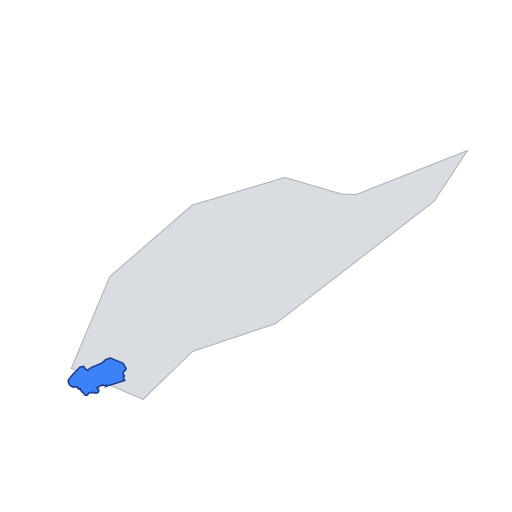 Ordome, Palau (highlighted), rotated 43°
{"feature_id": "81905179B69517244030983", "entity_name": "Ordome", "entity_type": "district", "adm_level": 2, "iso_a3": "PLW", "parent_name": "Palau", "parent_adm1": "", "projection": "albers", "projection_center": [134.556, 7.371], "detail": "fine", "context": "in_parent", "style": "filled", "palette": "blue", "viewbox_px": 512, "rotation_deg": 43, "n_neighbors": 0, "source": "geoboundaries", "source_scale": "gbopen_adm2", "svg_char_len": 3842}
<svg xmlns="http://www.w3.org/2000/svg" viewBox="0 0 512 512"><g transform="rotate(43 256 256)"><path d="M271.2,438.0L197.6,464.2L163.1,370.7L174.6,262.3L223.4,179.0L276.4,152.3L287.3,142.8L338.7,34.6L348.9,94.3L316.4,292.2L274.6,369.3L271.2,438.0Z" fill="#d9dde1" stroke="#a8b0b8" stroke-width="1"/><path d="M203.4,475.1L203.6,475.2L203.8,475.2L203.9,475.3L204.0,475.3L204.1,475.5L204.3,475.8L204.4,476.0L204.6,476.1L204.8,476.2L205.0,476.2L205.0,476.3L205.3,476.5L205.6,476.6L206.0,476.9L206.3,477.1L206.7,477.2L207.1,477.3L207.4,477.3L207.5,477.4L208.0,477.4L208.5,477.4L208.8,477.4L209.0,477.3L209.4,477.3L209.5,477.2L209.8,477.1L210.0,477.0L210.3,477.1L210.6,477.0L210.8,477.0L210.9,476.9L211.0,476.9L211.3,476.8L211.7,476.7L212.0,476.4L212.2,476.2L212.4,475.9L212.5,475.5L212.4,475.3L212.5,475.3L212.7,475.2L212.8,475.0L213.2,474.8L213.2,474.7L213.2,474.8L213.4,474.7L213.5,474.6L213.9,474.5L214.0,474.4L214.1,474.1L214.2,473.9L214.3,474.0L214.5,474.2L214.9,474.2L215.1,474.2L215.4,474.0L215.5,474.0L215.7,473.9L215.8,473.9L215.8,474.0L216.0,473.9L216.2,473.7L216.3,473.7L216.4,473.8L216.4,473.7L216.5,473.7L216.8,473.7L217.0,473.7L217.3,473.6L217.5,473.5L217.7,473.3L217.7,473.2L217.8,473.1L218.0,473.0L218.0,473.3L218.1,473.2L218.3,473.2L218.4,473.3L218.5,473.3L218.8,473.5L219.0,473.6L219.3,473.7L219.6,473.7L219.7,473.8L220.0,473.8L220.5,473.8L220.8,473.9L221.0,473.9L221.3,473.8L221.5,473.9L221.5,474.0L221.9,474.0L222.0,474.0L222.0,473.9L222.2,474.0L222.4,474.0L222.6,474.1L222.9,474.0L223.0,474.0L223.3,474.0L223.6,474.0L223.8,474.0L224.0,474.0L224.3,474.1L224.5,474.1L224.9,474.2L225.1,474.2L225.4,474.3L225.5,474.4L225.8,474.4L226.0,474.2L226.3,474.0L226.5,473.8L226.6,473.7L226.8,473.5L226.9,473.4L227.0,473.3L227.2,473.2L227.3,473.0L227.4,472.9L227.4,472.7L227.5,472.6L227.5,472.4L227.6,472.2L227.6,471.9L227.5,471.7L227.3,471.3L227.3,471.2L227.2,471.1L227.2,470.9L227.2,470.4L227.1,470.2L227.3,470.0L227.5,469.9L227.5,469.7L227.7,469.4L227.8,469.2L228.1,468.9L228.3,468.8L228.3,468.7L228.5,468.6L228.8,468.4L229.0,468.3L229.2,468.1L229.3,468.0L229.3,467.8L229.4,467.7L229.5,467.5L229.7,467.4L229.8,467.1L229.7,467.0L229.5,466.4L229.5,466.0L229.7,466.6L229.8,466.9L230.0,466.9L230.5,466.8L230.8,466.6L231.2,466.4L231.3,466.3L231.6,466.1L231.8,466.0L232.0,466.0L232.1,465.9L232.1,465.7L232.2,465.4L232.3,465.3L232.4,465.2L232.5,465.2L232.8,465.0L232.9,464.8L233.0,464.8L233.0,464.7L233.1,464.4L233.2,464.2L233.4,463.9L233.5,463.7L233.6,463.4L233.5,463.0L233.4,462.8L233.3,462.5L233.2,462.2L233.0,461.8L233.0,461.7L232.8,461.7L232.4,461.5L232.3,461.4L232.2,461.4L231.9,461.3L231.7,461.2L231.7,461.3L231.5,461.2L231.5,460.9L231.3,460.9L231.0,460.8L230.8,460.8L230.6,460.8L230.2,460.9L230.0,461.0L229.9,461.0L229.7,461.1L229.6,460.9L229.6,460.7L229.4,460.7L229.2,460.6L229.3,460.6L229.4,460.4L229.5,460.3L229.7,460.2L229.9,459.8L230.1,459.4L230.2,459.1L230.3,458.9L230.4,458.6L230.4,458.4L230.5,458.3L230.5,458.0L230.5,457.9L230.5,457.7L230.5,457.3L230.7,457.0L230.7,456.7L230.9,456.5L231.0,456.3L230.9,456.1L231.0,456.0L231.1,455.8L231.3,455.8L231.4,455.7L231.5,455.6L231.7,455.4L231.9,455.1L232.0,455.2L232.3,455.0L232.2,454.9L232.6,454.4L232.8,454.2L233.2,454.1L233.5,454.0L233.8,453.8L233.9,453.7L234.1,453.6L234.3,453.4L234.5,453.1L234.8,452.8L234.9,452.7L235.0,452.6L235.0,452.3L235.3,452.6L235.4,453.1L235.4,453.4L244.9,436.5L244.3,436.3L243.9,436.4L243.3,436.2L242.8,435.8L241.9,435.5L241.6,435.2L241.8,434.2L241.7,433.7L241.1,433.2L240.7,433.1L239.3,433.0L238.9,432.6L238.6,432.1L238.3,431.4L238.0,430.5L238.2,429.7L238.3,429.4L238.5,428.8L238.1,427.9L237.8,427.0L237.4,426.6L235.6,426.4L234.9,426.0L232.0,425.1L218.9,430.0L216.8,434.2L216.2,439.5L211.6,449.9L210.6,454.8L206.8,454.7L206.0,454.3L204.9,454.5L203.0,457.4L202.8,469.6L203.4,474.9L203.4,475.1Z" fill="#3b82f6" stroke="#1e3a8a" stroke-width="1.5"/></g></svg>